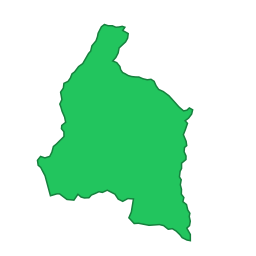 outline of Novo Cabrais, Rio Grande do Sul, Brazil, rotated 11°
{"feature_id": "56859067B95715574386696", "entity_name": "Novo Cabrais", "entity_type": "district", "adm_level": 2, "iso_a3": "BRA", "parent_name": "Brazil", "parent_adm1": "Rio Grande do Sul", "projection": "albers", "projection_center": [-52.991, -29.748], "detail": "fine", "context": "isolated", "style": "filled", "palette": "green", "viewbox_px": 256, "rotation_deg": 11, "n_neighbors": 0, "source": "geoboundaries", "source_scale": "gbopen_adm2", "svg_char_len": 1760}
<svg xmlns="http://www.w3.org/2000/svg" viewBox="0 0 256 256"><g transform="rotate(11 128 128)"><path d="M210.7,226.7L209.5,220.6L204.8,215.1L207.0,212.1L206.9,207.6L205.0,203.2L205.0,199.9L202.3,197.1L200.0,192.0L195.9,189.8L196.1,185.6L193.0,182.8L192.2,178.0L190.2,173.8L190.1,168.7L187.8,166.2L187.4,160.6L188.3,157.5L187.3,152.3L190.9,147.9L190.3,144.4L187.6,140.6L187.2,136.3L189.0,134.1L187.6,130.0L183.6,124.0L184.6,118.7L185.5,112.1L182.7,110.0L185.6,106.7L187.8,102.2L188.0,97.8L184.4,96.6L182.4,99.3L179.3,100.6L176.4,99.0L173.7,97.4L170.7,95.1L162.1,88.6L155.7,85.5L150.7,84.3L147.5,81.2L144.7,77.2L141.3,75.8L137.7,77.0L133.2,76.8L129.0,75.9L125.4,76.5L121.7,76.8L118.2,76.5L114.8,75.3L112.1,74.6L109.7,72.2L108.3,69.2L104.5,66.0L100.2,65.1L102.6,61.1L104.0,56.3L104.0,51.1L109.2,43.9L110.5,39.9L110.2,35.3L104.2,33.3L105.7,29.7L102.9,29.3L100.1,30.5L96.9,31.4L93.1,30.6L88.9,31.4L85.1,30.9L82.6,33.7L80.6,40.7L80.6,44.2L80.0,48.5L76.9,54.2L76.7,59.6L75.1,62.3L71.3,73.4L67.8,77.1L64.9,83.1L62.7,85.5L61.9,90.0L60.2,93.7L56.6,96.4L56.9,101.2L55.0,105.7L56.2,108.8L57.7,112.7L56.5,117.5L58.2,120.4L60.2,124.3L63.7,129.4L65.7,134.3L62.5,138.1L62.8,141.4L65.8,143.9L66.8,148.6L63.0,154.1L60.8,157.4L58.3,160.4L57.9,166.2L56.6,170.8L52.1,173.2L47.6,172.6L45.3,177.0L46.9,181.7L49.8,183.3L55.7,190.7L64.8,209.3L70.8,206.2L73.4,205.7L81.7,209.8L88.7,209.1L91.5,202.6L95.0,204.7L98.5,205.0L103.0,203.9L104.8,200.8L108.3,198.5L111.6,196.1L115.2,196.1L119.5,193.0L127.8,195.4L132.0,199.7L136.8,201.0L141.3,197.3L146.9,196.6L147.3,209.8L146.0,216.0L152.3,220.6L156.4,219.5L167.2,219.5L177.3,216.8L181.6,217.0L186.8,219.7L190.8,218.4L194.8,219.9L199.3,222.8L202.1,225.3L207.2,226.7L210.7,226.7Z" fill="#22c55e" stroke="#15803d" stroke-width="1.5"/></g></svg>